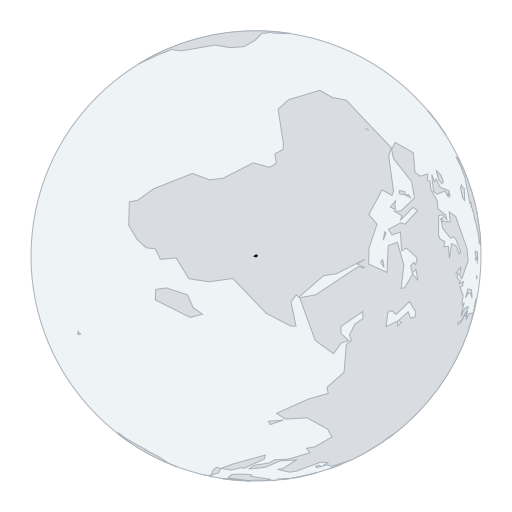 the Earth from above Kamuli, rotated 93°
{"feature_id": "UGA-3069", "entity_name": "Kamuli", "entity_type": "District", "adm_level": 1, "iso_a3": "UGA", "parent_name": "Uganda", "parent_adm1": "", "projection": "orthographic", "projection_center": [33.145, 0.917], "detail": "fine", "context": "on_globe", "style": "filled", "palette": "ink", "viewbox_px": 512, "rotation_deg": 93, "n_neighbors": 0, "source": "natural_earth", "source_scale": "10m", "svg_char_len": 6633}
<svg xmlns="http://www.w3.org/2000/svg" viewBox="0 0 512 512"><g transform="rotate(93 256 256)"><circle cx="256" cy="256" r="225" fill="#eef3f6" stroke="#a8b0b8"/><path d="M125.5,72.4L121.3,75.5L117.8,78.2L114.8,80.5L125.5,72.4ZM31.9,232.8L32.4,239.8L32.4,249.6L32.0,255.5L33.0,257.4L33.1,261.4L40.7,268.3L47.5,278.8L49.3,292.5L47.5,308.0L55.0,341.1L54.3,351.3L60.3,364.5L70.4,383.4L69.6,382.5L61.2,369.2L53.8,355.3L47.3,340.9L41.9,326.1L37.5,311.0L34.2,295.6L32.0,280.0L30.9,264.3L30.8,248.5L31.9,232.8ZM430.2,113.1L431.2,114.7L426.1,108.5L429.9,113.9L434.4,119.2L434.8,119.1L440.3,127.3L447.6,137.7L454.4,149.5L462.0,169.2L460.9,174.5L462.1,178.4L458.5,173.5L458.5,180.9L468.8,204.5L470.1,211.3L467.9,223.4L467.0,218.3L457.6,205.1L459.3,221.3L466.5,235.6L469.1,252.1L465.0,246.5L462.0,232.0L458.6,226.9L457.1,212.8L449.7,191.9L445.4,195.4L443.5,187.2L432.7,170.6L425.2,175.4L414.9,196.6L417.3,217.9L412.1,227.3L396.3,196.6L389.4,176.6L383.6,178.4L367.5,162.0L339.4,161.1L335.4,156.2L330.1,158.6L318.8,153.7L312.9,145.9L305.9,146.5L321.8,167.4L329.2,167.0L335.6,158.8L338.6,166.5L349.5,173.5L337.1,192.5L295.4,210.2L291.6,194.4L261.2,153.2L262.2,148.7L262.1,148.2L261.7,147.3L258.7,154.7L253.5,147.0L269.6,175.0L272.1,187.5L294.9,211.1L292.7,213.7L300.1,218.6L324.0,212.4L324.1,217.8L312.6,242.9L279.7,277.9L284.2,301.6L282.2,321.9L262.1,335.6L264.3,351.3L254.0,357.0L253.6,366.0L245.6,375.6L232.0,384.7L208.5,385.3L206.6,377.2L194.2,361.6L176.9,323.8L182.4,306.3L180.1,292.9L163.1,263.7L166.8,247.2L162.4,240.5L153.1,242.5L148.1,234.5L142.5,234.5L108.3,241.6L98.2,231.6L87.2,200.9L93.7,188.2L95.6,174.2L140.8,126.6L149.5,128.7L184.2,122.0L188.4,123.4L183.4,133.5L208.7,145.5L217.9,136.8L241.7,143.5L258.1,143.2L265.5,124.4L238.7,124.4L234.9,115.6L257.1,107.9L280.7,109.3L279.9,106.0L265.8,98.6L271.9,93.0L260.9,95.7L264.8,98.9L258.1,101.1L254.1,98.3L256.4,96.2L249.5,94.9L240.2,106.2L243.1,110.8L224.6,113.1L227.8,121.2L222.5,125.2L215.2,113.1L216.4,108.7L202.2,97.1L199.2,101.7L212.4,113.4L208.0,112.5L204.0,120.1L203.5,113.7L189.8,100.8L173.6,104.4L151.6,123.8L142.4,126.1L135.3,123.0L144.7,104.2L164.2,101.6L167.7,96.0L165.0,88.7L171.1,88.9L172.4,85.9L179.9,85.1L191.6,77.8L199.4,76.8L205.1,68.6L209.8,67.3L205.1,72.3L206.0,75.7L225.4,74.8L229.5,73.1L231.7,68.1L236.8,69.0L236.3,64.4L248.1,62.7L233.4,61.3L235.6,56.6L243.2,53.2L241.3,51.7L228.8,57.3L226.2,60.0L228.1,62.5L218.7,70.9L211.8,72.6L211.7,63.7L201.8,65.4L206.1,58.7L237.2,45.8L249.7,43.9L267.9,49.3L264.4,51.7L256.1,50.7L262.7,55.4L262.7,53.1L266.9,54.2L270.0,50.9L273.1,51.5L270.7,47.6L274.9,48.1L276.4,50.6L284.6,47.1L293.6,47.9L293.9,46.9L291.7,45.6L304.7,48.1L304.3,47.3L300.0,46.1L296.5,44.0L295.4,41.4L299.9,42.4L300.9,43.4L309.9,47.6L311.9,50.9L313.6,51.1L312.9,48.5L302.0,43.3L300.1,41.6L305.8,43.7L303.6,42.8L304.0,42.2L308.7,42.8L302.7,40.5L301.4,36.2L310.4,37.7L315.7,39.5L319.4,39.8L335.4,45.2L350.9,51.7L365.9,59.4L380.3,68.1L394.0,78.0L406.9,88.8L419.0,100.5L430.2,113.1ZM124.4,149.7L123.0,153.8L124.4,149.7ZM305.4,121.4L319.7,122.5L313.6,111.2L318.6,110.9L314.7,107.4L313.1,110.4L303.7,101.2L310.0,98.4L308.4,94.0L303.6,93.5L293.5,100.3L307.0,113.1L303.5,117.5L305.4,121.4ZM109.9,84.5L116.2,79.4L110.6,83.9L107.0,87.4L101.7,92.4L104.7,89.4L102.1,91.6L103.9,89.8L109.9,84.5ZM172.0,72.8L174.1,74.1L170.7,77.4L160.8,80.6L165.7,75.6L172.0,72.8ZM178.0,75.5L180.6,66.8L186.8,65.2L182.9,67.5L186.7,67.2L181.4,70.9L184.8,78.6L182.0,82.2L165.3,84.8L172.3,81.7L169.8,80.3L178.0,75.5ZM176.3,53.8L177.6,51.6L189.5,50.5L187.0,52.7L177.0,55.4L174.1,54.5L176.3,53.8ZM222.8,33.2L224.8,32.9L224.1,33.2L227.5,32.7L232.8,32.3L232.9,32.8L228.3,33.0L231.7,33.7L225.2,34.4L226.0,34.5L221.0,35.5L216.2,37.0L213.4,37.3L212.8,37.9L209.4,38.8L207.6,39.8L201.9,40.8L199.2,42.2L198.1,42.0L195.0,44.1L194.7,43.1L190.3,44.6L192.9,44.9L166.5,51.5L155.7,56.3L146.8,61.2L147.5,59.5L156.3,54.3L168.8,48.4L179.1,44.6L177.6,44.9L182.1,43.3L181.4,43.7L185.1,42.2L188.6,41.1L199.7,37.9L200.3,37.7L222.8,33.2ZM227.9,32.5L227.2,32.6L226.3,32.7L227.9,32.5ZM193.7,119.6L197.1,119.9L202.4,119.3L200.0,124.4L193.7,119.6ZM184.1,110.8L187.2,110.1L186.4,116.3L183.0,116.3L184.1,110.8ZM189.6,104.8L187.5,109.6L186.6,107.0L189.6,104.8ZM208.0,71.6L211.4,70.9L211.5,72.0L209.3,73.9L208.0,71.6ZM241.8,37.5L239.7,36.9L240.8,36.6L240.4,35.0L245.2,34.7L247.3,35.6L241.8,37.5ZM260.6,127.6L255.5,131.2L253.1,129.4L255.4,128.5L260.6,127.6ZM226.0,127.4L233.6,129.7L225.2,128.8L226.0,127.4ZM246.9,36.9L246.2,36.2L249.1,36.5L246.9,36.9ZM248.6,34.5L252.1,34.8L245.7,34.5L248.6,34.5ZM343.1,427.0L343.9,429.7L340.7,429.9L343.1,427.0ZM320.8,318.5L305.2,354.2L294.6,354.4L292.6,343.9L298.4,322.3L310.8,316.1L316.9,306.4L320.8,318.5ZM477.6,293.7L477.7,295.1L477.5,296.2L477.6,293.7ZM477.6,289.5L478.1,290.3L477.1,291.8L477.6,289.5ZM478.3,290.7L478.8,289.2L479.0,287.7L478.7,289.9L478.3,290.7ZM477.0,289.3L471.7,287.4L469.0,284.0L470.2,280.2L474.6,282.1L477.0,289.3ZM469.9,280.0L465.0,268.3L454.3,236.2L458.2,237.0L468.6,256.8L468.1,260.0L471.1,269.1L469.9,280.0ZM479.7,262.3L479.1,272.2L476.7,270.4L475.3,268.3L474.4,255.3L474.9,249.0L476.3,249.5L478.4,229.2L479.7,235.0L479.8,243.7L480.7,252.7L479.7,262.3ZM418.4,220.0L423.6,232.9L420.4,235.0L418.4,220.0ZM477.1,215.0L477.7,223.6L476.4,211.8L477.1,215.0ZM475.0,203.8L476.1,208.5L474.8,203.7L475.0,203.8ZM464.1,184.6L462.8,185.4L461.7,182.2L462.7,179.4L464.1,184.6ZM459.6,159.8L463.6,168.9L464.7,171.9L462.2,166.2L459.6,159.8ZM286.8,37.9L282.1,40.0L281.9,42.3L286.7,44.5L277.9,42.8L278.2,39.2L286.8,37.9ZM299.2,36.0L294.9,34.9L298.0,35.3L299.4,35.7L299.2,36.0ZM295.7,35.4L288.1,34.3L286.5,33.6L292.8,34.6L295.7,35.4ZM267.5,34.3L265.7,34.8L263.5,34.4L267.5,34.3ZM442.6,382.1L439.7,385.7L440.5,383.0L445.1,376.4L455.3,355.7L455.5,356.3L461.4,342.7L467.9,332.0L470.9,323.7L465.4,339.0L458.9,353.9L451.3,368.3L442.6,382.1ZM481.3,259.0L481.1,263.6L480.6,273.8L480.5,275.1L480.2,278.1L480.9,266.5L480.0,277.9L479.8,277.4L480.4,267.3L480.9,255.6L481.0,251.0L481.2,250.6L481.3,252.3L481.0,255.3L481.0,261.7L481.3,258.7L481.3,259.0ZM479.2,225.8L479.5,227.9L479.0,223.9L479.2,225.8ZM477.8,216.7L478.0,218.0L477.5,214.7L477.8,216.7ZM477.5,215.2L476.4,209.7L476.7,210.8L477.5,215.2ZM475.7,206.0L474.5,202.2L469.4,184.7L469.6,184.7L473.4,197.3L475.3,204.3L475.7,206.0Z" fill="#d9dde1" stroke="#a8b0b8" stroke-width="1"/><path d="M256.6,255.9L256.6,256.0L256.6,256.3L256.5,256.5L256.4,256.6L256.3,256.8L256.3,257.0L256.2,256.9L255.9,257.0L255.7,257.0L255.6,256.8L255.6,256.6L255.5,256.3L255.3,256.0L255.3,255.9L255.2,255.3L255.3,255.2L255.6,255.0L255.9,255.1L255.9,255.3L256.0,255.5L256.3,255.7L256.4,255.8L256.6,255.9Z" fill="#0f172a" stroke="#020617" stroke-width="1.5"/></g></svg>